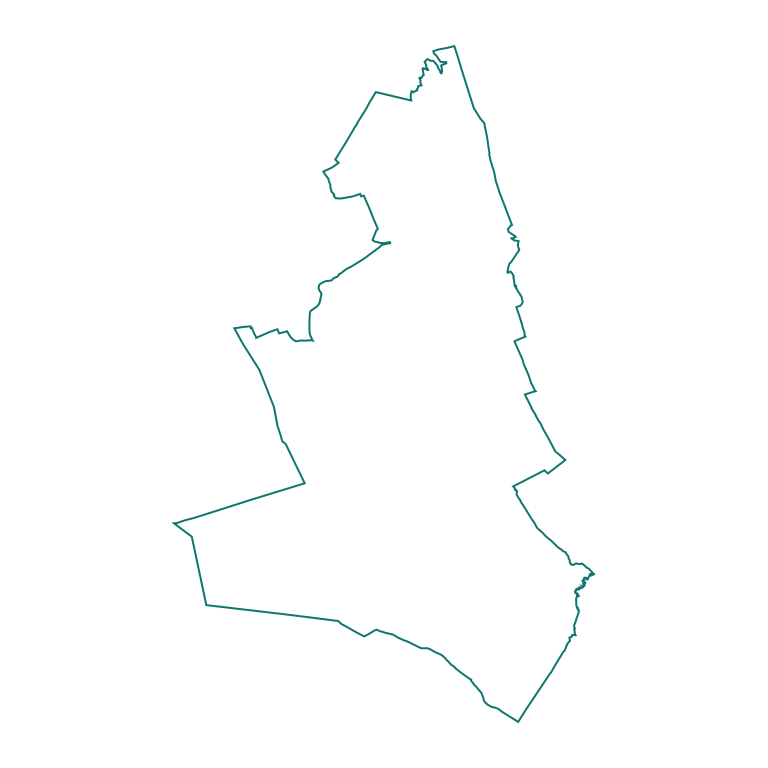 Bargauani, Neamt, Romania (Natural Earth projection)
{"feature_id": "2599482B339560246118", "entity_name": "Bargauani", "entity_type": "district", "adm_level": 2, "iso_a3": "ROU", "parent_name": "Romania", "parent_adm1": "Neamt", "projection": "natural_earth1", "projection_center": [26.654, 46.99], "detail": "fine", "context": "isolated", "style": "outline", "palette": "teal", "viewbox_px": 768, "rotation_deg": 0, "n_neighbors": 0, "source": "geoboundaries", "source_scale": "gbopen_adm2", "svg_char_len": 6051}
<svg xmlns="http://www.w3.org/2000/svg" viewBox="0 0 768 768"><path d="M338.1,621.0L341.7,624.2L344.7,625.7L356.8,632.6L364.3,636.4L368.3,634.3L374.7,630.4L376.6,629.7L380.7,631.5L381.9,631.6L385.7,632.9L393.1,634.6L398.0,637.6L404.1,640.4L405.5,640.7L409.7,642.6L419.7,647.6L421.8,648.3L427.2,648.2L429.6,649.0L435.3,652.2L440.8,654.6L441.9,655.3L445.3,658.1L446.7,660.1L448.1,661.3L451.0,664.6L453.7,666.3L456.4,669.1L465.4,675.9L470.5,679.4L471.1,679.5L470.9,680.1L471.0,680.7L472.9,682.8L473.9,684.6L475.8,686.3L481.3,692.8L483.3,697.5L483.5,699.6L485.0,702.3L486.1,703.4L488.1,704.9L491.6,706.9L495.3,707.7L497.8,708.6L500.3,710.3L501.7,711.6L518.2,721.9L526.2,709.2L550.2,673.3L550.8,672.9L555.6,664.5L563.2,652.0L564.6,650.7L567.3,644.0L569.0,641.7L570.0,640.9L569.4,637.7L570.8,637.2L571.9,636.4L572.1,635.0L575.6,635.2L574.8,633.5L574.6,631.6L574.7,630.8L574.2,629.5L574.9,628.4L574.4,627.8L574.1,625.3L575.9,620.8L576.2,619.4L578.8,612.1L578.8,611.4L578.5,610.6L578.7,610.1L578.6,609.6L578.3,609.3L577.7,609.3L577.6,609.1L577.9,607.8L577.7,607.6L577.1,607.7L576.3,605.0L576.1,598.8L576.5,598.0L576.7,596.6L577.4,596.2L578.3,596.4L578.7,596.0L577.1,595.4L577.0,594.9L577.5,594.9L577.9,594.3L577.7,593.7L577.4,593.4L575.4,593.0L575.0,591.7L575.7,590.4L576.1,590.6L576.4,590.5L576.5,589.7L575.9,590.0L575.9,589.6L577.0,588.7L577.5,588.7L577.9,589.4L578.3,589.5L579.1,589.5L579.9,588.2L579.3,587.8L579.2,587.4L579.5,587.2L580.0,587.1L581.2,588.2L583.0,587.3L583.1,587.1L582.4,586.2L583.2,586.5L583.7,586.1L583.8,585.6L584.3,585.8L584.5,585.1L583.6,584.9L583.5,584.3L584.8,584.1L585.1,583.2L584.2,583.5L583.4,583.2L583.2,582.9L583.3,582.4L584.4,582.6L584.5,581.8L584.4,581.6L583.4,581.7L582.5,580.9L583.7,580.1L583.5,579.3L583.6,579.1L584.9,578.8L584.2,578.3L584.2,578.0L585.0,577.6L585.4,577.7L585.7,578.2L586.5,578.0L586.7,578.4L586.4,578.7L586.4,579.0L587.3,579.5L588.1,578.9L588.0,578.3L589.2,576.0L589.9,575.4L590.3,575.7L590.8,575.6L590.8,575.4L590.0,574.2L591.4,573.7L592.3,574.1L592.9,574.9L594.0,574.2L588.8,568.7L586.2,567.3L584.6,565.5L582.0,563.6L578.9,564.1L576.0,563.4L574.0,564.7L572.6,564.9L570.9,564.4L570.8,563.4L569.9,562.7L569.7,562.1L569.8,560.7L569.5,559.7L568.8,558.7L568.2,556.1L566.5,554.1L565.7,552.3L563.3,551.3L561.5,549.7L560.3,549.0L557.7,547.1L552.5,541.9L545.4,535.9L542.7,532.9L537.5,528.3L536.2,526.4L535.3,524.4L532.9,520.6L532.3,520.0L522.8,504.7L520.7,501.8L520.6,500.7L518.6,498.0L516.7,494.8L516.7,492.2L517.1,491.6L516.9,491.1L516.5,490.5L515.2,490.0L515.5,489.6L515.2,489.4L515.1,488.6L513.8,487.2L513.9,486.6L513.4,486.3L544.5,470.3L547.9,473.5L565.3,460.0L561.8,456.8L555.1,451.2L549.4,440.1L543.0,428.8L540.6,423.5L538.8,421.1L535.6,415.3L535.1,413.8L534.3,412.9L532.2,409.5L530.7,406.0L524.9,394.5L535.6,391.1L534.7,390.2L531.9,384.2L531.4,383.8L528.6,375.2L523.7,364.0L522.6,359.8L514.6,341.7L514.6,341.3L515.2,340.9L524.6,336.9L525.4,336.7L524.9,336.1L524.5,334.6L524.5,333.0L524.3,331.9L522.6,327.2L521.7,323.4L518.2,312.4L517.4,310.5L516.4,307.1L520.1,305.8L521.1,305.0L522.3,303.0L522.7,301.5L521.5,296.7L519.6,293.8L519.5,293.2L518.3,292.2L516.7,288.9L515.8,287.9L516.2,287.4L516.1,285.8L515.6,285.6L514.8,286.1L514.7,285.9L514.6,284.6L514.7,284.1L514.2,282.8L514.2,281.2L513.4,277.2L513.7,276.5L513.1,274.9L512.6,274.4L512.1,273.2L510.6,271.6L510.2,271.6L509.2,272.3L508.3,272.1L507.9,272.8L507.6,272.6L507.4,271.8L507.7,271.1L507.7,270.1L508.0,269.8L508.0,268.8L508.4,266.9L509.4,263.8L511.5,261.6L519.3,249.9L518.4,247.7L517.8,244.8L518.4,242.5L518.5,241.0L514.0,240.4L513.2,239.5L511.5,238.4L511.8,238.2L512.6,238.4L513.3,238.0L513.9,237.9L514.2,237.2L515.6,236.9L515.2,236.2L508.8,232.0L507.8,229.2L510.1,226.5L510.3,225.9L512.0,225.1L499.4,192.1L495.8,181.0L494.2,172.3L490.7,161.1L489.6,156.1L489.3,154.8L489.4,152.6L488.4,146.6L487.2,137.6L484.8,126.2L484.5,123.9L484.1,123.0L480.5,118.8L473.8,108.1L461.4,68.9L457.7,56.5L454.3,46.1L446.7,48.0L438.8,49.4L433.3,51.2L433.5,52.2L434.3,53.8L436.4,55.6L440.1,61.3L441.3,62.0L443.3,62.0L444.5,62.4L446.2,62.0L446.3,63.3L442.3,64.9L441.2,65.4L441.1,65.7L441.7,67.6L442.1,71.6L441.5,73.3L441.1,73.2L440.3,72.2L440.1,70.9L438.1,67.9L437.4,65.6L433.5,60.9L430.2,60.7L428.1,59.3L427.1,59.2L424.6,61.9L426.4,65.4L426.1,66.0L426.1,66.7L428.1,70.0L427.8,70.1L424.0,68.4L423.0,68.2L422.6,68.5L422.5,68.9L423.1,71.2L423.3,73.4L423.8,74.9L422.4,76.0L421.7,77.7L421.3,77.9L419.9,77.6L419.3,78.1L420.5,80.2L420.3,82.6L421.5,85.3L418.4,86.0L418.2,86.3L418.2,87.6L417.1,88.9L417.1,90.5L415.3,90.9L413.6,92.3L412.9,92.2L412.6,91.8L411.6,91.3L410.7,95.1L410.7,98.0L411.2,100.5L375.8,92.1L369.4,102.7L366.1,108.9L357.7,122.3L357.4,123.1L356.2,125.3L354.5,127.8L346.9,140.8L335.4,159.3L335.3,159.6L338.6,162.8L332.1,167.5L323.4,171.5L324.6,173.8L328.2,178.5L329.1,181.8L330.3,184.6L330.2,186.8L330.9,188.9L331.5,191.6L334.3,194.6L333.8,195.4L333.8,195.9L334.5,196.9L335.9,198.0L335.9,198.3L341.3,198.5L343.6,198.1L352.8,196.4L360.2,193.9L361.2,196.4L363.8,195.6L369.8,209.4L374.1,220.3L377.8,228.6L377.0,230.0L376.3,230.4L372.6,239.9L373.7,241.1L374.7,241.5L380.9,243.0L385.0,243.1L389.7,242.0L390.2,242.4L390.3,242.9L390.1,243.2L382.9,244.5L381.9,244.9L379.6,247.1L363.1,259.3L350.6,267.0L349.7,267.3L346.2,269.2L343.1,271.5L340.9,273.4L340.1,273.6L339.0,274.3L338.8,275.1L336.9,277.0L334.4,277.7L333.0,278.9L332.2,279.9L331.3,280.5L325.7,281.2L323.7,282.0L320.2,283.9L319.0,285.5L318.6,288.3L319.4,290.5L320.7,292.3L321.3,293.7L321.4,294.3L320.1,300.3L320.3,300.4L319.0,303.9L317.5,306.1L311.0,310.7L310.5,311.2L309.9,312.9L309.4,322.0L309.5,332.4L310.4,335.9L312.7,340.5L311.9,340.2L304.0,340.7L301.2,340.4L296.0,341.4L293.2,339.7L290.7,337.2L287.0,331.3L279.2,333.4L277.4,329.3L269.5,332.0L256.2,337.9L256.0,336.8L253.6,332.4L251.9,327.9L250.8,328.1L250.7,326.4L244.4,326.8L234.3,328.3L243.2,344.4L259.4,369.9L274.0,407.1L277.5,425.9L280.5,434.9L282.1,440.8L283.0,441.9L285.7,444.0L304.7,483.3L253.2,499.1L193.5,518.1L185.3,520.2L177.2,522.9L174.0,523.3L191.8,536.7L206.3,605.1L285.5,614.4L338.1,621.0Z" fill="none" stroke="#0f766e" stroke-width="2"/></svg>